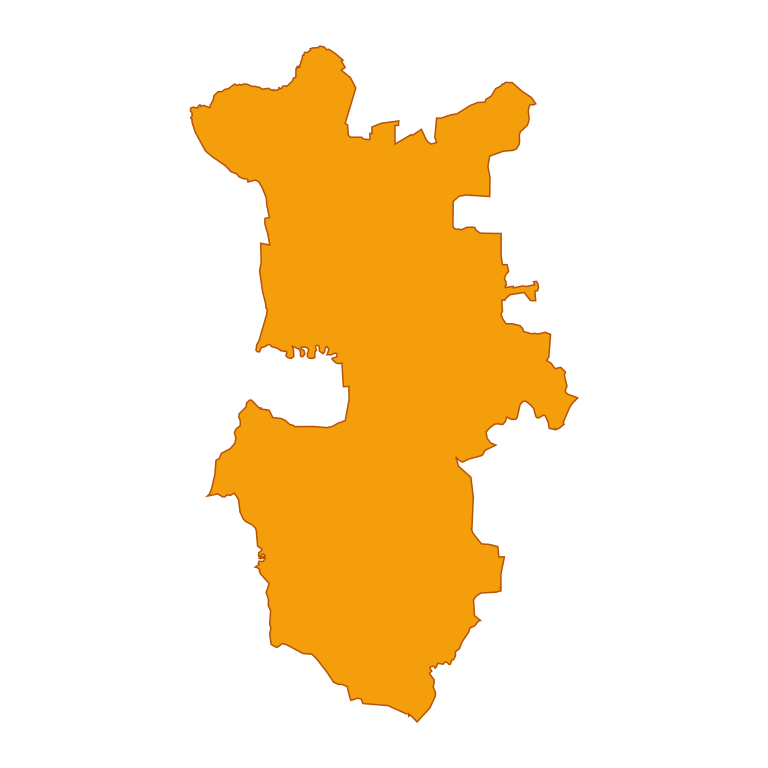 Tulang Bawang Barat, Lampung, Indonesia (Albers equal-area conic projection)
{"feature_id": "22746128B7348236235073", "entity_name": "Tulang Bawang Barat", "entity_type": "district", "adm_level": 2, "iso_a3": "IDN", "parent_name": "Indonesia", "parent_adm1": "Lampung", "projection": "albers", "projection_center": [105.087, -4.433], "detail": "fine", "context": "isolated", "style": "filled", "palette": "amber", "viewbox_px": 768, "rotation_deg": 0, "n_neighbors": 0, "source": "geoboundaries", "source_scale": "gbopen_adm2", "svg_char_len": 6063}
<svg xmlns="http://www.w3.org/2000/svg" viewBox="0 0 768 768"><path d="M501.1,590.7L500.3,587.9L501.0,587.9L500.9,574.2L504.4,556.9L498.8,556.9L497.8,546.6L489.0,544.4L481.5,543.9L472.9,533.2L471.3,528.7L471.9,528.7L473.3,497.2L470.9,477.3L458.5,466.2L455.8,456.9L459.6,460.7L462.4,462.1L468.9,459.0L481.3,455.7L482.8,454.7L485.1,450.3L495.9,445.1L490.5,442.9L487.1,438.1L486.1,432.0L489.8,427.8L494.4,424.3L497.2,423.8L502.7,424.5L505.3,421.6L506.9,417.1L511.2,419.3L515.5,419.4L517.1,417.7L520.1,404.6L522.9,401.5L525.8,401.1L531.4,405.8L533.8,408.8L535.8,416.3L536.7,417.6L538.9,417.9L543.1,415.3L545.1,415.5L548.3,422.7L549.2,428.3L555.1,429.6L555.2,428.5L556.4,429.5L559.4,428.1L564.1,424.2L563.2,422.4L569.6,407.6L572.1,403.6L577.7,397.9L567.3,394.0L565.4,391.8L565.8,388.7L567.0,386.3L564.3,375.2L565.5,372.1L560.8,367.4L555.1,368.6L550.8,363.0L546.5,360.4L548.8,357.2L550.6,334.4L545.3,332.3L538.1,334.0L534.2,333.2L532.5,334.0L523.5,331.5L522.7,328.5L519.8,325.6L512.1,323.7L506.0,323.8L502.8,318.9L500.9,314.1L502.5,311.4L501.7,300.1L504.8,300.2L504.6,299.6L510.0,294.7L524.2,292.5L530.5,300.6L535.7,300.7L534.9,291.4L537.5,290.7L538.5,287.8L537.9,283.8L536.3,281.3L533.6,281.7L534.6,284.8L531.9,285.3L525.7,286.6L523.0,285.9L513.5,287.9L513.3,286.3L505.5,287.6L505.1,286.1L506.3,285.2L505.9,281.5L504.4,279.0L505.8,274.7L508.6,271.5L507.1,264.7L502.5,264.6L501.1,256.1L501.1,233.5L480.4,233.2L476.2,230.4L474.9,227.6L473.2,227.2L466.9,227.3L461.0,229.9L459.3,229.1L456.0,229.3L454.2,228.3L452.9,226.3L453.2,201.4L459.0,196.2L465.8,195.0L489.7,196.5L490.0,177.4L487.9,166.4L489.7,156.1L503.2,151.2L513.0,150.4L516.4,149.0L519.0,144.6L519.6,141.9L519.3,135.2L520.2,132.0L527.3,125.3L528.7,121.4L529.1,117.7L528.3,111.8L528.9,107.2L530.1,104.6L533.6,104.8L535.8,103.8L531.4,97.5L521.9,91.1L512.3,82.7L505.5,82.3L504.0,83.9L502.4,84.0L500.8,86.0L495.6,88.7L491.3,96.0L485.8,99.4L485.1,102.2L478.0,102.4L470.2,105.5L457.0,113.8L450.7,114.9L440.6,118.2L436.6,118.1L434.8,137.6L436.7,142.5L431.1,144.0L428.2,142.2L425.9,139.1L421.4,129.3L412.4,135.4L411.1,134.6L395.0,144.1L395.0,125.5L398.5,125.4L398.8,120.9L381.5,123.2L371.9,127.0L372.0,133.6L369.9,133.3L369.9,139.6L363.9,139.2L361.5,137.2L350.6,137.2L348.3,135.3L347.6,125.0L345.2,123.4L355.8,88.0L350.4,77.6L341.2,70.2L345.2,67.5L341.4,61.2L343.1,60.2L334.9,53.2L328.9,49.3L326.4,49.7L324.6,47.2L320.5,46.1L319.1,46.4L318.3,47.6L312.2,48.0L310.1,48.9L310.5,50.2L307.2,52.5L304.5,52.4L303.8,55.3L302.6,55.3L302.0,59.6L300.6,62.2L300.9,63.1L299.7,65.3L299.9,66.5L297.3,66.4L296.9,67.0L298.6,67.5L296.0,68.7L295.8,77.4L293.3,78.1L292.7,80.7L286.7,86.5L285.8,85.8L282.6,86.2L281.6,88.3L280.5,88.7L278.9,87.7L278.9,89.3L275.1,90.5L273.5,89.6L272.8,90.5L268.4,88.3L262.0,89.2L259.9,87.5L254.2,86.2L252.8,86.7L247.1,84.2L244.0,84.0L241.2,85.0L239.0,84.4L237.1,85.7L235.4,84.2L234.3,84.3L228.2,88.7L225.1,89.3L221.5,91.7L218.1,91.7L214.1,95.5L213.1,100.1L210.2,105.4L209.8,107.7L203.7,105.4L200.7,106.4L200.6,105.1L199.7,104.9L197.9,106.7L198.1,107.4L196.7,108.0L193.3,107.1L190.8,108.0L190.3,110.9L191.8,112.5L192.3,116.1L191.1,116.8L190.7,118.3L191.9,118.8L192.1,122.3L195.3,132.4L205.5,151.0L212.1,156.6L225.1,165.5L231.1,171.8L236.6,173.8L239.2,176.9L243.3,178.6L246.8,179.1L247.9,179.9L247.7,181.8L248.3,182.0L254.1,180.3L256.1,180.4L258.6,181.7L262.1,187.4L266.3,197.9L266.8,205.1L269.4,217.4L264.9,218.5L264.9,224.1L267.7,233.5L269.8,245.0L260.7,243.3L261.2,262.5L259.6,270.9L262.6,291.7L265.6,303.6L265.9,307.9L267.2,309.5L266.6,314.7L258.9,341.1L256.7,344.8L256.0,350.4L257.4,351.8L259.7,351.8L261.2,347.6L265.4,346.5L268.0,344.5L269.6,344.6L271.9,346.8L277.6,348.3L281.1,350.8L286.5,351.5L286.9,353.4L285.8,355.1L286.3,356.4L288.2,357.8L291.3,358.4L293.8,356.5L293.5,350.0L292.3,346.3L299.1,349.2L300.3,351.0L300.5,356.0L301.6,356.8L303.4,356.1L304.9,353.7L303.9,350.4L301.6,349.3L300.9,347.6L301.9,347.0L305.6,347.2L307.2,347.9L308.7,349.9L307.3,354.3L307.5,356.7L309.4,358.3L312.4,358.4L314.8,357.6L314.8,352.2L316.4,350.2L315.5,346.7L315.9,345.7L317.7,345.4L319.2,346.4L319.3,350.9L322.8,353.7L324.7,351.9L325.1,348.5L326.2,346.7L327.3,346.7L328.8,349.6L327.0,354.8L331.2,354.8L335.0,353.0L336.3,353.4L337.2,355.1L336.8,356.3L336.1,357.2L332.2,358.2L332.1,359.3L335.8,362.8L337.7,363.5L340.3,363.6L341.9,362.9L343.4,386.7L348.8,386.4L349.1,399.7L345.2,420.6L337.7,423.3L332.4,426.5L326.8,427.6L313.3,426.5L294.9,426.6L292.7,425.1L289.9,424.6L285.3,420.4L281.1,418.5L272.8,417.6L269.1,410.2L260.6,408.9L261.1,408.1L258.8,407.7L251.6,400.2L249.7,400.1L246.7,402.8L245.9,407.2L239.2,413.7L238.8,417.0L240.3,420.8L240.3,424.8L240.1,425.8L236.1,428.9L234.4,432.6L235.9,438.0L234.9,443.3L230.1,448.8L221.5,453.3L219.0,458.7L216.0,460.3L214.9,474.6L211.6,488.5L209.5,493.9L207.3,496.1L217.7,493.9L222.7,496.9L225.0,496.8L227.0,494.9L230.4,495.4L234.4,493.0L238.6,499.8L240.1,512.2L243.3,519.1L245.9,521.6L252.7,525.2L255.5,528.4L256.3,530.6L257.6,546.2L261.9,549.1L262.1,550.0L258.8,552.7L258.6,556.1L259.9,556.3L263.0,554.0L264.9,555.0L264.9,556.2L259.9,557.4L259.1,558.3L260.7,558.7L264.9,557.6L265.5,558.1L262.8,561.7L259.3,561.1L258.3,563.1L259.2,564.5L255.2,567.1L257.4,567.7L260.0,569.7L259.3,570.8L260.5,573.9L269.2,583.6L266.1,592.6L268.5,599.5L268.3,605.5L270.6,611.0L269.7,624.1L270.9,627.8L269.7,634.4L271.2,644.5L276.3,647.3L277.8,647.0L282.2,643.6L286.3,644.6L303.2,653.6L311.8,654.1L316.8,659.0L327.4,672.7L333.5,682.1L338.4,684.4L342.1,684.4L347.2,686.6L350.3,699.3L351.1,700.4L357.9,698.2L361.3,699.1L362.8,703.5L388.1,705.6L406.1,713.8L408.7,713.6L408.7,716.2L410.5,715.1L417.1,721.9L429.9,707.9L435.4,696.0L435.5,692.7L433.1,686.7L434.1,683.3L434.1,679.8L429.3,673.4L431.8,671.1L430.0,668.5L430.0,667.2L433.0,666.1L434.1,666.5L435.0,668.2L436.6,666.7L437.5,663.3L443.2,664.2L444.8,662.2L446.7,662.2L449.2,664.5L450.2,664.3L452.0,659.9L453.6,659.7L455.5,655.7L455.4,651.9L459.3,648.8L462.2,641.6L468.6,632.2L470.1,627.9L474.7,625.9L478.1,621.4L480.5,620.4L474.5,615.7L473.5,599.9L476.0,596.3L481.0,593.0L496.2,592.1L501.1,590.7Z" fill="#f59e0b" stroke="#b45309" stroke-width="1.5"/></svg>